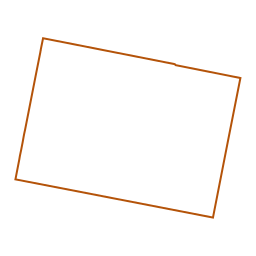 outline of Gage, Nebraska, United States of America, rotated 101°
{"feature_id": "52423323B4603468379444", "entity_name": "Gage", "entity_type": "district", "adm_level": 2, "iso_a3": "USA", "parent_name": "United States of America", "parent_adm1": "Nebraska", "projection": "robinson", "projection_center": [-96.689, 40.262], "detail": "fine", "context": "isolated", "style": "outline", "palette": "amber", "viewbox_px": 256, "rotation_deg": 101, "n_neighbors": 0, "source": "geoboundaries", "source_scale": "gbopen_adm2", "svg_char_len": 451}
<svg xmlns="http://www.w3.org/2000/svg" viewBox="0 0 256 256"><g transform="rotate(101 128 128)"><path d="M91.3,228.6L149.5,228.7L153.3,228.8L155.0,228.8L162.4,228.7L162.7,228.7L165.8,228.7L170.0,228.7L176.0,228.8L179.7,228.7L197.9,228.7L198.6,228.7L199.9,228.7L199.8,128.0L199.7,27.5L122.6,27.4L57.5,27.2L57.2,93.2L56.4,94.3L56.1,228.5L67.6,228.6L68.3,228.5L69.3,228.6L69.7,228.5L91.3,228.6Z" fill="none" stroke="#b45309" stroke-width="2"/></g></svg>